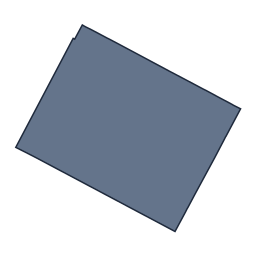 Kimball, Nebraska, United States of America (Mercator projection), rotated 208°
{"feature_id": "52423323B77257907363499", "entity_name": "Kimball", "entity_type": "district", "adm_level": 2, "iso_a3": "USA", "parent_name": "United States of America", "parent_adm1": "Nebraska", "projection": "mercator", "projection_center": [-103.821, 41.198], "detail": "fine", "context": "isolated", "style": "filled", "palette": "slate", "viewbox_px": 256, "rotation_deg": 208, "n_neighbors": 0, "source": "geoboundaries", "source_scale": "gbopen_adm2", "svg_char_len": 571}
<svg xmlns="http://www.w3.org/2000/svg" viewBox="0 0 256 256"><g transform="rotate(208 128 128)"><path d="M218.0,58.2L198.0,58.6L37.9,58.7L37.8,81.0L37.9,84.4L37.8,86.1L37.8,99.6L37.8,100.7L37.5,142.6L37.6,157.7L37.6,161.1L37.7,166.3L37.6,166.5L37.6,191.9L37.6,192.3L37.6,197.8L41.3,197.7L45.6,197.6L47.0,197.7L59.1,197.7L59.5,197.7L64.2,197.7L76.8,197.8L79.5,197.7L84.4,197.7L89.6,197.7L118.5,197.6L165.5,197.7L186.0,197.7L188.9,197.6L206.2,197.6L212.9,197.4L216.7,197.5L216.8,181.4L218.5,181.4L218.0,58.2Z" fill="#64748b" stroke="#1e293b" stroke-width="1.5"/></g></svg>